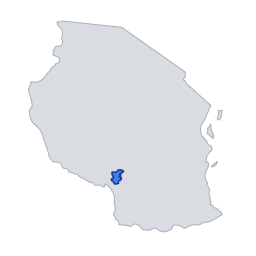 Wanging'ombe, Njombe, United Republic of Tanzania (highlighted), rotated 6°
{"feature_id": "72390352B33528420406675", "entity_name": "Wanging'ombe", "entity_type": "district", "adm_level": 2, "iso_a3": "TZA", "parent_name": "United Republic of Tanzania", "parent_adm1": "Njombe", "projection": "mercator", "projection_center": [34.635, -9.053], "detail": "fine", "context": "in_parent", "style": "filled", "palette": "blue", "viewbox_px": 256, "rotation_deg": 6, "n_neighbors": 0, "source": "geoboundaries", "source_scale": "gbopen_adm2", "svg_char_len": 6279}
<svg xmlns="http://www.w3.org/2000/svg" viewBox="0 0 256 256"><g transform="rotate(6 128 128)"><path d="M91.6,184.3L88.6,182.7L85.8,181.8L83.6,180.7L82.6,179.6L80.5,179.2L78.7,179.1L77.0,178.1L73.5,177.7L73.2,177.1L73.1,175.6L72.5,175.3L71.2,174.9L69.9,174.9L69.1,175.1L68.6,175.0L67.5,174.2L66.4,173.1L66.0,171.4L64.4,170.3L62.6,169.4L57.6,169.5L56.8,169.2L55.6,168.3L54.2,166.9L53.0,165.3L52.0,163.0L51.0,160.0L45.2,148.0L44.6,145.8L43.5,143.2L41.6,140.2L39.7,137.9L37.0,135.8L34.0,133.7L32.3,132.3L29.2,126.7L28.6,124.1L28.1,121.3L28.3,120.2L30.3,116.7L30.4,115.7L30.2,114.4L29.3,111.6L28.0,108.2L25.6,102.0L25.2,100.5L25.3,99.3L26.7,93.0L26.7,92.1L32.5,92.3L36.7,89.5L40.4,85.4L41.2,83.7L42.7,81.1L44.1,79.8L44.7,78.9L45.5,76.2L47.5,74.4L49.4,73.1L49.0,72.1L49.3,71.8L50.3,71.1L52.3,70.4L52.7,69.1L52.7,67.5L52.3,66.6L52.4,65.6L52.1,65.1L50.8,64.9L48.9,64.1L47.2,63.8L46.1,63.4L45.7,63.0L45.5,62.1L46.4,59.7L45.5,58.7L47.5,54.7L47.9,54.3L48.7,54.2L49.8,53.8L50.9,53.6L51.8,53.7L52.4,53.6L53.0,53.1L53.5,51.8L53.9,49.5L53.7,47.7L52.8,46.3L52.6,44.1L53.0,41.2L52.7,38.8L51.8,36.9L50.8,35.7L49.4,35.2L47.1,32.3L46.4,30.8L46.5,29.9L47.3,29.6L48.7,29.7L50.1,29.4L51.4,28.6L52.6,28.3L53.3,28.5L111.1,28.5L178.8,66.2L179.0,66.6L179.6,69.9L179.5,71.0L178.4,72.9L178.1,73.9L178.1,74.5L178.3,74.8L179.2,74.9L180.0,75.3L180.3,75.7L180.8,77.1L181.6,77.8L207.3,96.4L207.9,96.6L207.5,98.2L206.1,102.0L206.0,103.6L205.4,105.4L204.9,106.6L203.4,112.0L202.1,113.9L200.4,118.6L200.2,122.2L201.1,124.7L201.5,127.0L203.4,129.3L205.0,130.1L206.1,131.2L208.0,133.6L209.1,136.0L212.5,137.2L213.9,139.9L213.4,141.8L211.8,143.3L210.3,145.8L209.1,149.1L209.1,154.1L209.9,153.3L211.7,154.6L211.9,158.3L210.1,162.6L209.5,164.6L209.4,166.3L210.7,171.5L212.8,174.1L212.6,175.0L212.1,175.7L215.6,180.3L215.3,184.4L216.6,187.5L217.2,190.3L218.1,192.4L218.2,193.8L217.2,195.4L219.7,195.8L221.2,197.2L221.9,198.4L223.8,198.4L224.8,199.2L226.2,199.9L229.4,202.1L230.3,203.1L230.8,204.1L222.0,210.8L218.9,212.6L216.6,213.3L214.2,213.8L211.9,214.8L209.7,216.5L206.9,217.3L203.5,217.3L200.0,218.5L194.4,222.0L191.1,220.1L188.6,219.4L185.6,219.5L183.9,219.7L183.2,220.2L182.6,221.3L182.2,223.3L180.2,225.1L176.9,226.9L173.8,227.6L170.9,227.1L169.0,226.4L168.0,225.3L166.5,224.9L164.5,224.9L162.6,225.7L160.9,227.1L158.0,227.7L154.1,227.5L151.9,226.8L151.7,225.7L149.9,224.3L146.8,222.8L144.5,222.7L143.0,224.2L141.6,225.2L140.4,225.5L139.3,225.6L137.7,225.2L133.3,225.0L129.2,225.1L128.8,222.9L127.9,221.6L127.2,220.8L125.8,220.6L125.4,220.0L124.9,218.7L124.2,217.5L123.3,216.6L122.7,215.7L122.5,214.9L122.7,214.0L123.5,211.8L123.8,210.3L123.7,208.8L123.3,207.2L122.3,205.3L122.4,204.7L122.1,203.5L122.0,202.6L122.2,201.4L122.0,200.0L121.2,196.8L121.2,196.0L120.3,194.5L117.6,190.9L117.4,190.4L113.1,186.8L111.4,186.0L110.8,186.7L110.6,187.3L110.8,188.5L110.7,189.0L110.5,189.3L109.5,189.3L108.8,189.1L107.2,188.1L105.9,187.9L102.8,188.1L101.7,188.3L100.8,188.1L99.2,186.4L97.2,186.1L95.5,186.0L92.6,184.1L91.6,184.3ZM212.9,124.1L214.4,128.1L214.2,128.8L213.2,129.3L212.7,129.3L212.0,128.7L211.6,127.3L210.8,127.7L209.5,126.1L208.3,126.0L207.1,124.1L207.6,122.4L207.3,119.6L208.7,118.2L209.5,115.7L210.4,117.4L210.6,120.0L211.8,123.0L212.9,124.1ZM219.7,100.6L219.8,101.5L219.6,102.4L219.6,105.2L219.5,107.1L218.5,109.6L217.6,110.6L216.8,110.3L216.2,109.9L215.7,109.2L216.7,104.4L216.2,101.0L218.2,101.3L219.7,100.6ZM216.9,157.6L215.9,157.9L215.5,157.7L214.9,156.9L216.0,156.2L217.0,154.9L219.4,153.0L220.5,151.5L220.3,153.0L219.0,156.2L217.8,156.4L216.9,157.6Z" fill="#d9dde1" stroke="#a8b0b8" stroke-width="1"/><path d="M124.4,170.5L124.3,170.4L124.0,170.5L123.8,170.5L123.5,170.6L123.1,170.7L122.9,170.8L122.7,170.8L122.4,170.9L122.3,171.0L122.2,171.2L122.2,171.3L122.1,171.5L121.9,171.8L121.6,172.8L120.9,173.2L120.6,173.1L120.4,173.2L120.0,173.2L119.7,173.2L119.5,173.3L119.2,173.5L118.8,173.5L118.7,173.5L118.2,173.5L117.0,173.4L116.9,173.4L116.9,173.6L116.9,173.9L116.9,174.2L116.9,174.3L116.8,174.5L116.8,174.8L116.8,175.1L116.7,175.2L116.7,175.3L116.8,175.4L116.9,175.7L117.0,176.1L117.3,176.1L117.6,176.3L117.7,176.5L117.8,176.8L117.9,177.0L117.9,177.3L118.0,177.4L118.0,177.5L118.1,177.8L118.3,177.8L118.4,178.0L118.6,178.1L118.7,178.3L118.8,178.4L118.9,178.5L118.9,178.8L119.0,178.9L118.9,179.0L119.0,179.2L118.9,179.4L118.8,179.5L118.7,179.5L118.5,179.4L118.4,179.4L118.4,179.5L118.5,179.7L118.4,179.9L118.3,180.1L118.2,180.2L118.0,180.3L117.1,180.3L117.1,180.5L116.8,180.7L116.7,180.8L116.7,181.0L116.7,181.3L116.8,181.4L117.0,181.4L117.1,181.5L117.4,181.7L117.4,181.8L117.5,181.9L117.5,182.2L117.6,182.3L117.8,182.3L118.0,182.4L118.5,182.8L118.8,183.0L119.1,183.3L119.4,183.4L119.5,183.5L119.6,183.8L119.7,184.1L119.9,184.3L120.0,184.5L120.1,184.8L120.3,184.9L120.7,184.9L121.0,184.9L121.2,185.0L121.7,185.0L121.9,185.0L122.0,185.0L122.0,184.9L122.0,184.7L122.1,184.4L122.3,184.4L122.5,184.4L122.8,184.4L123.0,184.4L123.3,184.3L123.5,184.3L123.7,184.2L123.8,184.2L123.9,184.3L124.0,184.3L124.1,184.2L124.3,184.1L124.2,183.9L124.2,183.6L124.2,183.4L124.2,183.2L124.1,182.9L124.1,182.7L124.1,182.4L124.1,182.2L124.2,181.8L124.3,181.6L124.4,181.4L124.5,181.4L124.8,181.2L125.1,181.0L125.3,181.1L125.5,181.1L125.5,180.8L125.5,180.6L125.8,180.5L126.1,180.4L126.3,180.3L126.3,180.2L126.5,180.2L126.5,179.9L126.5,179.6L126.6,179.4L126.7,179.2L126.8,179.1L126.7,178.9L126.4,178.7L126.2,178.6L126.2,178.4L126.2,178.1L126.3,177.9L126.2,177.9L126.0,177.7L125.7,177.5L125.6,177.4L125.4,177.3L125.2,177.3L125.1,177.2L124.9,177.1L124.7,177.0L124.4,177.2L124.3,176.9L124.2,176.9L124.3,176.7L124.6,176.5L124.7,176.4L124.8,176.3L125.0,176.3L125.1,176.2L125.3,176.0L125.5,176.0L125.6,175.8L125.4,175.7L125.2,175.4L124.8,175.2L124.7,175.2L124.4,175.0L124.4,174.9L124.6,174.9L124.8,174.7L125.0,174.5L125.2,174.3L125.3,174.3L125.4,174.2L125.5,174.2L125.8,174.1L126.1,174.0L126.2,173.9L126.1,173.7L126.3,173.5L126.3,173.4L126.5,173.4L126.8,173.2L127.0,172.8L127.1,172.7L127.4,172.3L127.6,172.1L127.6,171.9L127.7,171.7L127.8,171.6L128.0,171.6L127.8,171.2L127.7,171.1L127.5,170.9L127.4,170.9L127.2,170.9L126.9,170.8L126.7,170.8L126.7,170.7L126.4,170.6L126.2,170.7L125.9,170.7L125.7,170.7L125.3,170.5L125.2,170.5L124.8,170.6L124.7,170.6L124.5,170.4L124.4,170.5Z" fill="#3b82f6" stroke="#1e3a8a" stroke-width="1.5"/></g></svg>